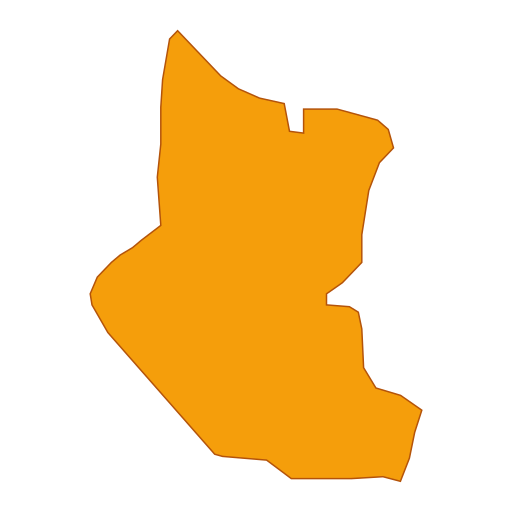 the district of Bucheon-si, Gyeonggi, South Korea
{"feature_id": "91817680B41928523553758", "entity_name": "Bucheon-si", "entity_type": "district", "adm_level": 2, "iso_a3": "KOR", "parent_name": "South Korea", "parent_adm1": "Gyeonggi", "projection": "equal_earth", "projection_center": [126.801, 37.499], "detail": "fine", "context": "isolated", "style": "filled", "palette": "amber", "viewbox_px": 512, "rotation_deg": 0, "n_neighbors": 0, "source": "geoboundaries", "source_scale": "gbopen_adm2", "svg_char_len": 759}
<svg xmlns="http://www.w3.org/2000/svg" viewBox="0 0 512 512"><path d="M400.4,481.3L409.4,458.2L414.7,432.3L421.8,410.2L400.6,395.4L375.9,388.0L363.6,367.7L361.8,328.9L358.3,312.2L349.4,306.7L326.5,304.9L326.5,293.8L342.4,282.7L361.8,262.4L361.8,234.7L368.8,190.4L379.4,162.7L393.5,147.9L388.6,130.6L388.2,129.4L377.6,120.2L337.1,109.1L317.7,109.1L303.6,109.1L303.6,133.1L289.5,131.3L284.2,103.6L259.5,98.1L238.4,88.8L220.7,75.9L177.6,30.7L169.6,39.0L162.6,79.6L160.8,107.3L160.8,144.2L157.3,177.2L160.8,225.4L141.4,240.2L132.6,247.6L120.2,255.0L111.4,262.4L97.3,277.1L90.2,293.8L92.0,304.9L107.9,332.6L214.7,454.2L222.5,456.4L266.6,460.1L291.3,478.6L314.2,478.6L351.2,478.6L383.0,476.7L400.4,481.3Z" fill="#f59e0b" stroke="#b45309" stroke-width="1.5"/></svg>